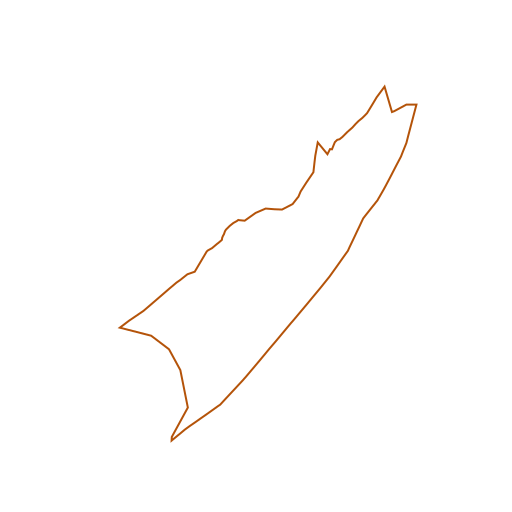 Burullus, Kafr ash Shaykh, Egypt, rotated 109°
{"feature_id": "37247803B81519659380298", "entity_name": "Burullus", "entity_type": "district", "adm_level": 2, "iso_a3": "EGY", "parent_name": "Egypt", "parent_adm1": "Kafr ash Shaykh", "projection": "mercator", "projection_center": [31.2, 31.522], "detail": "fine", "context": "isolated", "style": "outline", "palette": "amber", "viewbox_px": 512, "rotation_deg": 109, "n_neighbors": 0, "source": "geoboundaries", "source_scale": "gbopen_adm2", "svg_char_len": 1818}
<svg xmlns="http://www.w3.org/2000/svg" viewBox="0 0 512 512"><g transform="rotate(109 256 256)"><path d="M227.7,284.5L229.2,285.5L232.2,288.2L236.0,290.6L240.9,293.0L242.7,293.4L245.8,293.4L248.0,293.8L249.9,293.9L251.8,293.5L253.3,294.3L256.3,296.1L256.8,296.5L263.0,300.2L263.5,300.7L265.4,302.4L266.5,303.4L267.9,304.1L269.9,304.5L290.8,308.8L295.6,314.9L303.6,320.0L307.0,322.5L314.7,327.1L334.1,338.4L344.5,344.5L358.4,354.9L368.1,361.4L365.5,329.2L372.5,307.9L388.5,290.4L421.5,271.1L454.5,276.7L458.0,275.7L456.5,274.8L453.9,273.2L450.6,271.2L449.7,270.6L443.7,267.0L442.5,266.2L441.5,265.5L438.2,263.2L432.4,258.9L427.8,255.6L421.2,250.8L416.3,247.3L410.1,242.9L408.3,241.5L400.3,238.0L392.9,234.7L377.8,228.0L377.1,227.7L375.3,227.0L374.9,226.8L373.7,226.3L369.8,224.8L359.5,220.8L350.1,217.2L339.2,213.1L330.1,209.5L308.0,201.1L305.6,200.1L283.5,191.6L282.1,191.1L277.6,189.4L266.0,185.0L258.8,182.4L251.6,179.8L239.2,176.1L229.9,173.4L224.5,171.8L221.2,170.8L216.9,170.4L210.9,169.7L203.8,168.9L200.0,168.5L194.9,167.9L189.2,167.3L185.6,166.9L182.9,166.0L177.5,164.1L169.5,161.3L169.4,161.2L166.1,160.1L164.0,159.3L161.7,158.9L159.8,158.5L151.4,156.9L147.2,156.2L138.9,154.9L127.2,153.2L124.5,152.8L114.8,151.3L109.6,151.1L100.2,150.6L92.9,151.2L83.4,151.9L60.6,153.6L63.9,163.1L74.1,172.5L75.6,174.3L54.0,189.6L66.7,193.6L73.4,195.0L77.1,195.8L80.3,196.5L84.8,197.5L87.6,198.8L90.8,200.4L95.0,203.0L98.7,204.8L103.2,206.7L109.0,210.0L115.4,213.1L117.6,214.5L118.4,215.0L119.7,217.0L122.7,218.5L126.2,218.7L130.4,218.9L130.8,220.8L136.5,221.6L128.5,234.6L141.8,232.6L148.3,231.2L158.1,229.0L170.2,232.3L174.3,233.3L180.4,234.8L186.3,235.2L186.9,235.5L195.0,238.3L203.6,246.5L205.8,253.8L208.0,262.3L215.4,270.4L226.3,278.2L227.7,284.0L227.7,284.5Z" fill="none" stroke="#b45309" stroke-width="2"/></g></svg>